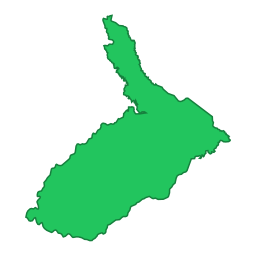 Coari, Amazonas, Brazil (Robinson projection)
{"feature_id": "56859067B81707102783786", "entity_name": "Coari", "entity_type": "district", "adm_level": 2, "iso_a3": "BRA", "parent_name": "Brazil", "parent_adm1": "Amazonas", "projection": "robinson", "projection_center": [-64.001, -4.036], "detail": "fine", "context": "isolated", "style": "filled", "palette": "green", "viewbox_px": 256, "rotation_deg": 0, "n_neighbors": 0, "source": "geoboundaries", "source_scale": "gbopen_adm2", "svg_char_len": 5810}
<svg xmlns="http://www.w3.org/2000/svg" viewBox="0 0 256 256"><path d="M224.6,131.6L223.2,130.7L221.8,131.3L221.1,130.7L220.1,130.9L219.8,130.0L218.8,129.4L218.0,129.4L217.1,128.2L215.3,127.9L213.3,126.6L212.8,125.5L213.4,122.5L212.5,120.9L212.3,116.7L187.9,98.2L186.1,98.3L184.2,100.0L181.8,101.2L180.3,101.5L178.4,101.0L174.0,95.6L168.1,93.5L163.2,89.2L162.0,87.2L157.2,85.4L155.7,84.0L155.2,85.0L154.7,85.0L153.8,84.7L152.8,83.3L152.1,83.6L151.7,82.8L150.9,82.2L151.2,81.2L149.9,80.3L149.7,79.6L149.0,79.7L148.1,79.0L148.3,77.3L146.9,77.6L146.5,76.5L145.4,76.4L144.9,75.5L145.2,73.7L144.9,73.5L144.5,74.0L144.0,73.7L144.2,73.4L143.1,72.6L142.8,70.9L141.5,70.8L141.6,70.4L141.0,70.2L141.4,69.5L141.2,68.4L140.4,67.4L140.3,66.2L139.8,65.8L139.9,65.2L139.2,64.5L140.2,63.3L139.7,62.9L139.9,62.1L139.5,61.6L139.7,60.7L139.0,60.4L139.0,59.7L138.6,59.8L137.8,58.5L137.6,57.5L138.2,57.2L137.9,56.1L137.6,56.2L137.6,55.7L136.3,55.2L135.6,54.4L136.2,52.8L135.2,52.1L135.4,51.0L134.4,50.3L134.7,50.0L134.5,49.3L135.0,48.7L134.4,48.2L134.9,47.7L134.5,46.9L134.9,46.1L134.6,44.3L135.0,44.0L135.1,42.8L134.8,42.6L134.6,41.5L134.1,41.3L134.3,40.9L134.1,40.4L132.6,40.3L132.2,40.9L131.5,40.5L130.9,39.8L129.9,37.2L128.9,36.9L129.0,35.5L128.5,35.1L127.8,33.5L128.2,33.3L127.8,31.8L128.1,31.5L127.8,30.7L127.0,30.2L126.9,28.1L125.6,27.0L123.4,26.4L123.1,25.9L119.0,25.5L115.6,22.7L111.5,21.1L110.9,20.3L112.0,15.4L110.0,15.8L109.2,16.6L107.7,16.3L107.3,16.5L107.3,19.2L106.8,19.3L103.5,18.4L103.0,19.2L103.0,20.6L105.0,25.9L105.0,27.8L105.7,28.5L106.7,28.4L106.9,29.1L106.5,31.7L107.0,32.7L108.2,33.7L108.0,35.0L109.0,37.2L108.5,38.0L108.6,38.9L109.1,39.3L112.4,39.9L113.6,41.3L113.6,42.0L113.5,42.8L112.5,44.3L109.3,44.2L107.7,45.8L105.0,45.4L103.9,45.7L104.5,47.1L104.7,49.0L105.8,49.4L105.8,50.1L106.5,50.9L107.0,52.4L107.7,52.7L107.2,55.0L107.7,56.7L107.5,57.6L108.1,58.8L108.8,59.4L109.8,59.7L109.8,60.5L111.6,61.7L111.9,62.6L113.9,63.6L114.0,64.1L113.5,64.7L114.1,65.8L114.0,67.0L114.5,68.3L116.1,68.5L116.5,68.2L116.4,67.6L117.4,67.3L117.8,67.6L117.4,68.0L117.5,68.4L118.2,67.9L118.6,68.3L118.8,68.7L118.5,69.0L118.1,69.0L117.8,68.4L117.6,68.8L117.3,69.8L117.5,70.7L116.6,70.6L116.3,72.2L118.1,72.8L118.6,74.0L119.3,74.1L119.3,75.1L120.3,75.5L120.0,76.1L120.4,76.6L121.0,76.6L121.8,78.3L122.3,77.7L122.3,76.9L123.0,77.9L123.4,77.3L124.2,79.1L123.5,79.9L123.9,80.9L124.6,80.9L124.4,80.2L124.9,79.1L125.1,80.5L126.1,80.5L126.0,80.9L126.5,81.4L126.5,82.8L127.0,82.2L127.7,83.1L127.8,85.1L127.0,85.1L126.4,85.6L125.4,85.3L125.2,87.0L124.1,88.7L124.1,90.2L124.9,90.9L123.7,92.6L123.7,94.6L125.9,95.3L126.5,96.4L127.7,95.8L129.1,96.7L129.5,97.5L128.5,97.6L128.2,98.3L128.6,98.7L129.6,98.5L130.5,99.0L131.2,99.9L131.7,102.1L132.6,101.0L133.7,100.5L134.1,101.1L134.2,102.4L134.7,102.4L135.6,100.3L136.1,101.5L135.9,102.8L136.6,103.0L137.6,104.4L137.1,104.7L136.7,104.1L135.6,104.1L136.1,104.6L135.9,105.0L137.1,106.2L137.2,107.6L136.8,109.4L139.3,112.6L141.0,113.0L141.7,112.7L142.0,111.8L144.4,111.8L146.1,112.9L140.1,113.8L135.8,113.9L135.1,113.2L133.8,110.8L134.1,109.6L133.7,107.4L131.9,106.8L131.6,107.1L128.6,107.0L128.3,111.0L127.9,111.1L127.4,110.0L126.4,110.5L123.6,113.8L123.7,114.9L123.2,117.2L119.3,119.0L118.4,118.7L116.1,122.5L114.8,122.7L114.2,123.7L112.9,124.2L110.9,123.7L107.9,125.0L106.9,124.8L105.4,123.7L103.1,123.2L102.2,123.5L100.9,125.1L101.0,126.8L100.2,128.9L97.8,130.3L95.9,133.7L95.0,133.9L93.5,133.2L93.1,133.4L92.3,134.9L91.9,137.8L91.5,138.2L89.0,138.9L86.5,143.2L84.1,144.2L82.6,143.8L80.1,144.8L78.2,143.9L77.2,144.1L76.1,146.1L75.2,152.6L74.2,153.8L70.9,155.1L70.3,155.9L69.8,158.3L69.2,159.0L62.0,165.2L60.9,165.6L58.5,165.4L56.6,164.3L56.0,164.6L55.0,167.4L53.7,168.2L52.2,168.3L51.4,169.1L50.2,174.9L47.5,177.7L46.0,180.2L44.0,182.5L44.4,185.9L44.1,186.9L42.9,188.2L41.5,190.9L39.0,191.5L37.9,192.3L37.3,194.4L37.3,196.1L38.0,196.6L39.4,196.2L40.3,197.0L40.0,198.0L37.7,200.4L37.0,201.9L38.4,206.0L38.5,208.5L38.2,209.0L37.2,209.0L35.6,207.6L34.8,207.9L33.7,208.9L31.3,208.5L29.9,209.0L27.9,210.9L26.8,213.0L25.9,217.2L27.3,217.9L29.1,220.7L30.4,221.1L32.4,220.7L34.2,218.2L35.1,217.6L35.5,217.8L36.6,222.1L37.8,224.2L39.1,224.6L41.3,222.7L41.9,222.6L42.3,223.0L43.1,226.5L44.5,228.5L46.8,230.3L51.5,232.4L52.5,232.0L54.1,230.5L55.6,230.0L56.5,230.5L58.3,233.1L60.2,233.4L61.6,234.1L63.3,236.9L65.4,236.2L67.8,234.0L68.9,233.8L70.2,234.5L72.3,237.0L73.0,237.4L76.6,236.8L78.6,236.9L81.7,237.7L84.6,239.3L87.0,239.5L89.8,240.6L92.0,240.5L93.0,239.4L95.0,238.3L97.2,235.8L97.5,234.8L98.7,233.9L101.7,232.9L102.2,232.9L103.2,234.0L104.9,233.3L105.8,232.1L106.0,229.8L107.2,227.6L107.5,225.8L108.0,224.9L109.9,224.4L115.8,220.0L119.6,219.6L122.0,217.3L123.4,216.5L125.4,216.6L126.8,216.1L127.5,215.2L128.0,212.7L129.8,210.1L130.5,207.3L131.1,206.4L135.7,204.4L136.7,202.8L139.2,201.8L142.4,199.1L143.9,198.8L145.7,197.6L149.3,196.4L152.4,198.4L153.4,198.6L155.4,198.1L158.1,199.4L163.4,199.2L167.8,197.2L168.5,196.3L169.5,192.9L169.6,189.5L169.9,188.8L171.7,187.1L173.1,184.7L175.1,183.0L176.1,178.3L177.1,176.0L178.8,174.7L181.5,174.2L183.5,172.5L185.8,171.9L187.0,170.6L191.3,158.8L194.6,158.6L195.0,156.9L196.2,156.2L198.3,156.2L199.5,155.6L200.3,155.9L200.6,156.6L200.5,157.4L199.6,158.2L200.7,158.4L201.8,156.7L202.1,155.0L202.7,155.3L203.6,156.6L204.0,156.2L204.7,154.3L205.9,153.2L205.7,151.6L206.0,150.8L207.9,150.6L208.3,152.4L210.2,153.9L211.6,153.3L211.8,151.9L213.9,152.3L215.0,151.2L214.0,150.3L213.9,149.5L214.9,148.4L215.7,148.4L217.1,145.5L217.7,145.5L218.3,144.9L218.5,143.5L218.2,142.5L219.5,142.1L219.8,141.0L220.5,140.4L222.2,140.7L223.4,141.7L225.6,141.9L228.7,141.6L230.1,140.6L230.1,139.9L229.4,139.6L228.4,137.7L228.7,137.4L228.3,136.7L229.0,136.3L227.0,134.8L226.0,134.5L226.1,133.4L224.4,132.5L224.6,131.6Z" fill="#22c55e" stroke="#15803d" stroke-width="1.5"/></svg>